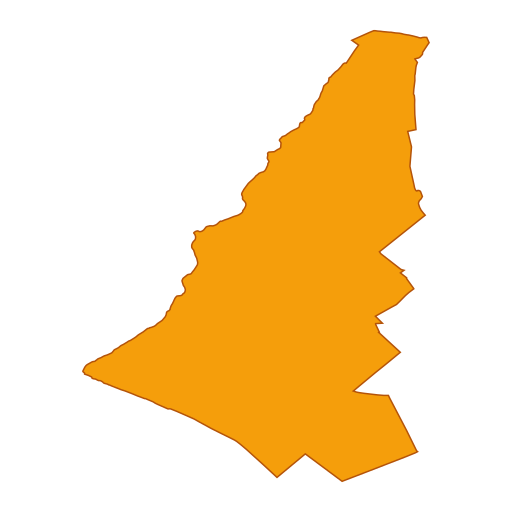 the district of Ghimbav, Brasov, Romania
{"feature_id": "2599482B88023161659536", "entity_name": "Ghimbav", "entity_type": "district", "adm_level": 2, "iso_a3": "ROU", "parent_name": "Romania", "parent_adm1": "Brasov", "projection": "robinson", "projection_center": [25.508, 45.687], "detail": "fine", "context": "isolated", "style": "filled", "palette": "amber", "viewbox_px": 512, "rotation_deg": 0, "n_neighbors": 0, "source": "geoboundaries", "source_scale": "gbopen_adm2", "svg_char_len": 6014}
<svg xmlns="http://www.w3.org/2000/svg" viewBox="0 0 512 512"><path d="M342.1,481.3L365.3,472.4L406.1,456.6L415.4,452.8L417.5,451.7L417.2,451.5L416.2,450.0L406.6,430.5L389.7,398.2L388.4,395.4L383.7,395.4L377.5,394.9L363.8,393.3L359.1,392.6L356.5,392.1L353.3,391.0L354.3,390.2L358.8,386.4L375.4,372.6L385.6,364.4L400.3,352.3L378.7,332.4L379.3,332.1L375.7,324.5L375.6,323.6L382.4,323.2L375.4,316.2L391.3,307.3L396.5,304.5L399.9,301.2L405.4,295.6L408.9,292.5L413.8,288.8L413.4,288.1L406.6,278.7L406.7,277.9L400.4,272.9L404.0,270.3L402.1,269.8L401.2,269.5L400.4,269.0L381.0,253.9L379.4,251.8L425.2,215.2L423.2,212.9L421.1,210.2L419.7,207.5L419.0,205.5L418.5,203.8L418.5,203.0L418.8,201.9L419.1,201.1L419.8,200.2L421.2,198.7L422.4,196.5L420.6,191.7L420.0,191.0L419.2,190.6L418.0,190.4L417.6,190.5L417.1,190.9L416.5,190.9L415.9,190.5L415.6,190.1L414.8,188.5L414.6,187.9L413.9,184.5L409.9,166.3L411.5,146.9L407.7,131.4L416.0,129.6L414.8,114.5L414.6,104.5L414.7,99.8L414.3,95.5L413.5,94.1L413.8,89.4L414.9,80.5L414.8,76.4L414.8,75.5L415.2,73.9L415.9,67.3L416.3,65.4L417.4,62.4L415.2,59.5L414.9,58.9L415.5,58.7L418.4,58.0L419.4,57.5L420.1,57.0L422.4,54.4L422.6,53.3L422.6,52.4L427.8,44.5L429.1,42.7L426.7,37.4L424.7,37.3L423.0,37.4L421.9,37.6L421.1,37.9L420.2,37.9L418.7,37.6L417.7,37.2L413.1,36.0L408.6,35.0L407.5,34.9L404.0,34.3L401.5,33.6L399.3,33.2L395.2,32.9L390.8,32.2L389.4,32.2L382.9,31.6L380.8,31.3L378.0,31.1L375.2,30.7L373.7,30.7L369.5,32.4L351.8,40.3L358.6,45.1L354.6,50.6L346.3,63.1L345.8,63.0L345.0,63.0L344.0,63.4L343.5,63.7L342.8,64.3L341.2,66.5L337.8,70.2L335.7,71.7L335.1,72.2L332.5,74.8L330.7,77.0L329.5,77.5L329.1,77.9L329.0,78.1L328.9,78.4L328.9,79.2L328.7,80.4L328.5,80.8L328.4,81.5L328.2,82.2L327.7,82.8L326.4,83.6L324.1,85.6L323.8,85.9L323.6,86.5L323.5,86.9L322.9,88.9L322.6,89.8L322.4,90.7L321.1,93.0L320.5,94.7L320.1,96.2L319.4,97.9L318.8,98.7L318.3,99.8L317.9,100.1L316.6,101.3L315.9,102.1L315.0,103.6L314.4,104.4L313.9,106.0L313.6,107.5L313.5,108.0L313.0,108.8L312.9,110.0L312.7,110.6L311.2,112.9L310.5,113.8L309.8,114.3L309.0,114.6L307.3,115.4L305.5,116.5L305.1,116.9L304.6,117.7L304.4,118.3L304.7,119.3L304.7,119.9L304.6,120.2L304.0,120.7L302.8,122.0L302.1,122.6L301.9,122.7L301.3,122.5L301.2,122.5L300.7,122.6L300.2,123.0L299.9,123.5L299.6,124.7L299.5,125.2L299.4,126.3L299.2,126.9L298.9,127.2L297.6,128.2L295.6,129.2L294.4,129.7L290.8,131.6L289.2,132.8L287.5,133.9L285.5,135.5L284.2,136.0L282.6,136.5L282.1,136.8L281.4,137.6L281.1,138.0L279.7,139.4L279.4,140.2L279.5,140.6L280.3,141.6L280.9,142.6L281.0,143.1L280.7,147.3L280.5,147.7L279.9,148.3L279.0,148.9L277.5,149.6L274.6,151.5L274.1,151.7L269.0,152.1L268.5,152.3L267.9,152.9L267.6,153.3L267.6,153.5L267.8,155.2L267.7,155.8L267.5,156.7L267.3,158.1L267.5,158.8L268.3,160.2L268.7,160.8L268.9,161.3L268.9,161.9L268.6,162.4L268.1,163.1L267.8,164.0L267.8,164.7L267.7,165.3L266.9,166.9L265.9,169.2L264.8,170.8L264.1,171.3L263.3,171.8L260.6,172.6L259.1,173.3L258.6,173.6L258.3,174.0L257.7,174.6L256.1,175.7L254.4,177.8L252.3,179.8L250.1,181.7L248.3,183.4L243.9,189.4L242.1,192.6L241.7,193.9L241.7,194.5L241.8,195.0L242.2,195.7L242.4,196.3L242.6,197.4L242.5,198.7L242.6,199.0L242.9,199.6L243.8,200.6L244.5,201.3L245.5,202.7L245.7,203.4L245.9,203.9L245.9,204.3L245.8,205.5L245.6,206.2L244.5,208.4L243.0,210.4L242.8,210.7L242.8,211.4L242.4,212.2L241.9,212.7L240.7,213.7L239.6,214.3L238.4,215.0L237.1,215.5L233.8,216.5L227.9,218.9L224.8,219.9L222.0,221.1L221.3,221.3L220.4,221.2L219.8,221.6L217.0,224.2L216.4,224.5L215.7,225.0L213.3,225.8L212.3,225.9L211.1,225.8L209.8,225.8L209.4,225.9L207.0,226.5L206.2,226.9L205.8,227.3L203.7,230.0L202.7,230.7L201.9,231.2L200.7,231.6L199.4,231.6L199.0,231.5L198.4,231.1L197.7,230.9L196.8,231.0L195.4,231.5L193.9,232.6L193.8,232.9L193.8,233.1L194.9,234.5L195.4,236.0L195.6,236.6L195.6,237.2L195.5,238.5L195.3,239.3L195.0,239.8L194.6,240.3L193.4,241.5L192.5,242.9L192.1,243.9L191.7,245.1L191.7,247.1L192.1,248.1L192.4,248.6L193.4,249.8L193.9,250.7L194.0,251.3L194.4,252.3L195.1,255.0L196.6,258.0L196.8,258.6L197.6,262.0L197.7,262.8L197.6,263.7L197.4,264.8L196.4,266.4L194.2,269.8L192.4,272.0L191.4,273.4L191.1,273.7L190.3,274.1L188.2,274.5L187.6,274.7L186.9,275.2L183.2,278.2L182.9,278.6L182.1,280.3L182.0,280.9L182.4,282.4L183.4,285.5L184.3,286.8L184.6,287.3L185.0,288.4L185.3,289.4L185.3,290.0L185.2,290.7L185.0,291.7L184.2,292.9L183.8,293.3L183.1,293.7L182.8,294.0L182.3,294.7L181.5,295.4L180.1,295.7L178.0,295.9L176.9,296.1L176.5,296.4L175.7,297.3L175.0,298.2L173.1,302.3L172.3,303.9L171.3,305.4L170.7,306.9L170.1,308.8L170.1,309.5L169.9,309.7L168.8,310.8L167.9,311.1L167.4,311.5L166.9,311.9L166.6,312.3L166.5,312.9L166.1,314.9L165.6,316.0L165.2,316.8L162.5,320.0L161.9,320.6L157.4,323.6L155.9,325.1L154.4,326.2L151.3,327.4L150.3,327.6L149.8,327.7L149.1,328.2L147.6,328.5L147.1,328.8L143.2,331.9L138.3,334.9L135.8,337.0L134.0,338.2L131.1,340.0L130.3,340.5L128.6,341.1L127.2,342.1L123.4,344.4L121.1,345.5L119.8,346.5L119.2,347.1L117.7,348.1L114.7,349.6L114.1,350.0L113.4,351.0L112.2,352.4L111.7,352.9L108.9,354.2L107.0,355.0L104.2,355.9L103.2,356.4L100.7,357.8L99.5,358.2L98.1,358.8L97.6,359.1L96.7,359.9L95.8,360.5L95.4,360.9L94.8,361.3L94.4,361.4L92.9,361.6L91.8,362.0L87.2,364.6L86.1,365.5L84.8,367.2L82.9,371.0L82.9,371.5L83.0,371.7L84.4,372.9L84.6,373.3L84.6,374.1L88.6,375.5L90.0,376.2L91.5,376.9L91.8,377.3L91.8,377.5L91.9,377.9L92.3,378.4L93.4,378.7L94.0,378.9L95.1,379.0L95.6,379.1L97.1,379.9L97.9,380.3L98.7,380.6L99.7,380.6L100.5,380.7L102.5,381.8L103.2,382.5L103.7,383.0L104.3,383.3L107.3,384.1L109.0,385.0L109.5,385.0L112.2,386.2L119.4,389.0L120.8,389.6L124.9,390.9L131.9,393.6L137.9,396.1L140.7,397.1L144.6,398.6L145.1,398.6L145.8,398.7L147.3,399.4L149.7,400.4L152.8,401.7L153.4,402.0L155.2,403.2L157.7,404.4L167.9,408.9L168.7,408.9L169.4,408.8L170.2,408.8L171.1,409.1L176.6,411.3L194.1,419.0L199.4,422.0L211.5,428.6L221.3,433.5L234.6,440.1L236.8,441.5L240.5,444.4L247.1,450.0L252.7,455.1L263.2,464.6L277.0,477.4L305.3,453.9L342.1,481.3Z" fill="#f59e0b" stroke="#b45309" stroke-width="1.5"/></svg>